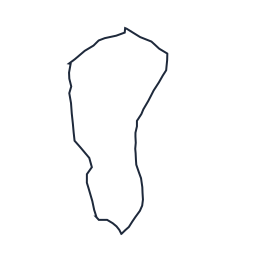 Kangarli District, Babək, Azerbaijan (Equal Earth projection), rotated 153°
{"feature_id": "54616110B75082210580506", "entity_name": "Kangarli District", "entity_type": "district", "adm_level": 2, "iso_a3": "AZE", "parent_name": "Azerbaijan", "parent_adm1": "Babək", "projection": "equal_earth", "projection_center": [45.21, 39.448], "detail": "fine", "context": "isolated", "style": "outline", "palette": "slate", "viewbox_px": 256, "rotation_deg": 153, "n_neighbors": 0, "source": "geoboundaries", "source_scale": "gbopen_adm2", "svg_char_len": 1009}
<svg xmlns="http://www.w3.org/2000/svg" viewBox="0 0 256 256"><g transform="rotate(153 128 128)"><path d="M196.8,63.4L195.7,59.4L188.3,55.6L184.9,50.2L182.9,45.6L182.0,41.2L182.0,36.7L181.7,36.7L176.9,38.2L172.2,39.4L166.8,42.6L161.9,45.3L155.0,48.8L150.6,52.4L147.2,57.4L144.5,63.6L142.1,68.8L139.2,77.3L138.4,83.7L137.3,91.5L135.4,96.0L132.6,102.2L131.0,106.2L127.8,111.3L125.3,116.9L123.5,120.4L119.3,125.4L116.8,130.3L109.8,134.3L105.8,137.7L97.8,142.8L92.9,146.3L88.1,149.8L79.8,154.6L73.1,159.0L67.8,162.1L62.3,170.7L59.3,176.2L59.2,176.5L64.2,184.5L66.0,189.4L67.9,194.4L75.9,203.5L79.6,209.6L84.1,217.0L85.2,218.3L87.6,214.5L96.6,215.6L107.9,218.6L114.4,219.3L121.3,217.1L131.5,216.4L144.2,213.4L151.3,212.2L150.0,211.2L155.4,204.1L157.9,198.6L159.7,190.8L164.5,185.7L167.5,176.0L171.5,166.5L175.2,156.8L178.4,148.8L181.4,140.9L179.1,131.9L176.1,118.9L178.0,109.5L185.6,105.5L189.5,97.9L190.5,92.2L193.0,79.0L195.3,70.5L196.5,63.2L196.8,63.4Z" fill="none" stroke="#1e293b" stroke-width="2"/></g></svg>